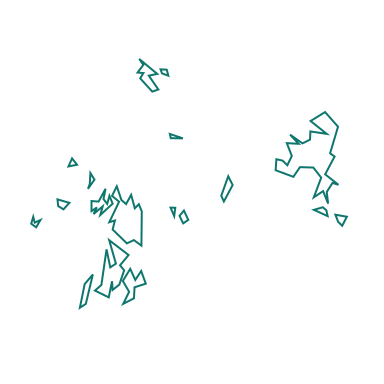 Kepulauan Anambas, Kepulauan Riau, Indonesia (Mercator projection), rotated 186°
{"feature_id": "22746128B99951880476592", "entity_name": "Kepulauan Anambas", "entity_type": "district", "adm_level": 2, "iso_a3": "IDN", "parent_name": "Indonesia", "parent_adm1": "Kepulauan Riau", "projection": "mercator", "projection_center": [106.153, 2.904], "detail": "medium", "context": "isolated", "style": "outline", "palette": "teal", "viewbox_px": 384, "rotation_deg": 186, "n_neighbors": 0, "source": "geoboundaries", "source_scale": "gbopen_adm2", "svg_char_len": 1930}
<svg xmlns="http://www.w3.org/2000/svg" viewBox="0 0 384 384"><g transform="rotate(186 192 192)"><path d="M55.4,194.7L58.0,206.1L53.2,215.7L47.1,214.5L61.4,223.5L53.9,242.2L58.7,244.9L53.6,272.2L68.0,285.4L81.5,275.0L64.1,263.9L80.6,264.6L80.1,256.4L87.2,251.9L100.5,259.3L90.9,251.1L102.8,250.5L96.5,238.3L100.0,228.6L105.2,232.7L111.5,233.4L111.1,222.4L92.8,217.7L87.2,228.0L73.9,229.0L65.0,219.8L70.3,199.4L61.7,206.6L55.4,194.7ZM251.4,134.1L244.8,138.1L236.7,133.4L239.9,167.4L243.6,174.3L247.2,169.8L252.2,182.8L256.3,173.1L261.4,176.7L267.4,189.8L271.1,179.8L263.5,174.7L271.1,153.3L265.7,155.6L267.0,146.4L251.4,134.1ZM278.2,83.8L263.8,78.5L262.2,94.9L260.7,86.3L254.6,92.3L251.3,107.0L255.9,111.6L248.5,122.7L269.3,135.4L260.2,112.8L265.4,108.5L271.0,126.0L272.4,90.1L278.2,83.8ZM248.7,73.6L238.6,80.2L239.2,91.2L228.4,96.0L234.3,108.1L239.2,98.6L245.4,109.1L251.5,96.3L244.1,86.2L248.7,73.6ZM242.0,287.7L236.2,290.4L247.1,303.2L238.9,305.8L258.4,318.8L253.7,313.4L258.6,305.1L252.8,305.2L255.4,299.6L242.0,287.7ZM280.8,159.5L269.7,172.1L273.7,179.6L275.1,171.3L279.3,175.8L278.3,186.2L283.9,172.7L291.0,172.5L289.9,162.5L285.0,166.7L287.6,159.8L279.3,168.4L280.8,159.5ZM159.3,185.9L152.3,203.2L157.6,211.4L162.5,191.3L159.3,185.9ZM291.4,65.2L285.9,69.6L282.0,99.6L289.1,89.2L291.4,65.2ZM68.9,187.0L54.6,182.2L56.5,187.9L60.3,190.5L68.9,187.0ZM39.1,174.1L35.4,183.6L47.0,184.4L43.6,177.7L39.1,174.1ZM318.0,161.3L312.8,168.4L325.0,170.6L323.6,164.0L318.0,161.3ZM197.5,159.9L192.8,163.9L198.1,172.7L201.9,167.0L197.5,159.9ZM295.8,184.3L290.3,194.1L295.0,200.2L294.5,189.3L295.8,184.3ZM218.7,243.3L206.7,244.4L220.1,247.4L218.7,243.3ZM343.3,140.6L339.8,148.3L345.2,145.1L347.3,150.7L348.6,143.7L343.3,140.6ZM317.5,204.5L309.2,207.1L314.8,212.9L317.5,204.5ZM227.7,305.2L229.9,311.0L236.1,310.7L234.2,306.8L227.7,305.2ZM211.7,174.2L207.2,166.2L207.0,174.6L211.7,174.2Z" fill="none" stroke="#0f766e" stroke-width="2"/></g></svg>